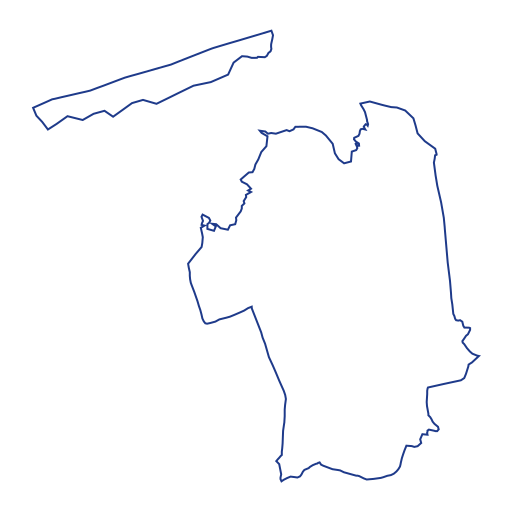 the district of Al Hamul, Kafr ash Shaykh, Egypt
{"feature_id": "37247803B81871138986317", "entity_name": "Al Hamul", "entity_type": "district", "adm_level": 2, "iso_a3": "EGY", "parent_name": "Egypt", "parent_adm1": "Kafr ash Shaykh", "projection": "mercator", "projection_center": [31.058, 31.415], "detail": "fine", "context": "isolated", "style": "outline", "palette": "blue", "viewbox_px": 512, "rotation_deg": 0, "n_neighbors": 0, "source": "geoboundaries", "source_scale": "gbopen_adm2", "svg_char_len": 4608}
<svg xmlns="http://www.w3.org/2000/svg" viewBox="0 0 512 512"><path d="M436.6,154.7L436.6,154.2L435.2,148.7L424.8,141.2L417.6,133.4L415.5,125.3L413.4,118.3L405.2,110.5L397.4,107.7L396.9,107.5L391.2,107.1L385.3,105.7L381.4,104.7L369.8,101.5L360.4,103.6L360.7,104.3L361.0,105.1L363.5,109.1L365.0,112.1L367.1,120.2L367.0,120.9L368.1,124.2L367.7,125.7L366.8,124.6L365.7,124.2L363.8,126.5L364.5,128.2L365.3,129.5L362.6,128.8L362.2,128.9L360.7,129.3L359.9,131.0L359.5,133.8L358.4,135.9L354.2,137.8L354.0,139.3L355.8,141.5L358.9,143.5L359.1,145.7L357.2,145.9L356.7,144.2L355.3,143.1L356.9,146.5L357.3,148.2L356.2,150.1L351.8,151.6L351.0,161.5L344.1,163.3L338.6,159.2L334.9,153.3L332.7,143.8L325.9,135.5L321.8,132.0L312.6,128.3L305.9,126.7L295.4,126.8L294.9,127.4L293.5,129.4L289.5,131.2L286.6,130.1L275.9,133.7L271.2,133.0L267.9,133.7L265.3,131.5L259.8,130.7L261.6,132.9L267.5,136.3L266.4,146.2L261.3,152.0L258.3,159.4L255.4,164.5L254.3,168.9L252.5,172.2L248.8,172.5L243.7,176.9L240.7,179.5L241.8,181.7L247.0,184.3L251.0,188.7L248.1,190.5L251.0,192.0L245.9,194.9L246.2,197.1L243.7,201.1L244.4,203.4L241.8,205.9L241.8,208.5L240.7,211.4L236.0,217.6L236.3,220.2L235.2,224.2L230.1,225.3L227.9,229.7L220.6,228.2L216.2,224.2L212.2,223.8L215.8,226.4L214.0,230.8L207.4,228.9L207.4,224.2L209.2,222.7L210.3,220.5L208.9,217.9L202.6,214.6L201.5,216.8L203.0,220.9L201.9,223.4L201.6,224.9L204.5,225.6L200.8,227.8L202.1,233.5L202.8,237.2L202.3,243.0L201.6,247.0L195.7,253.9L188.1,263.7L188.8,267.8L189.8,272.2L189.8,272.8L189.8,275.8L190.1,279.2L190.8,282.8L191.6,285.0L194.3,292.0L197.5,301.2L198.9,306.0L200.3,310.0L201.4,314.1L202.4,318.5L203.8,321.4L205.3,323.3L207.1,323.7L210.3,323.0L215.4,321.6L219.4,319.4L226.3,317.7L229.9,316.7L234.3,314.9L240.1,312.4L244.1,310.6L248.1,308.1L251.7,306.7L251.8,308.4L261.2,332.4L262.6,337.6L265.1,343.8L268.9,357.1L272.8,365.5L276.0,372.9L279.2,380.6L281.7,386.2L283.8,390.9L285.2,395.0L285.9,399.0L285.1,404.9L284.7,409.6L284.7,416.2L284.3,422.8L284.2,423.2L283.1,430.8L282.6,443.6L282.2,448.4L281.8,451.7L281.8,455.0L280.7,456.0L279.2,457.8L277.8,459.3L276.3,461.1L279.2,464.1L281.2,474.3L280.5,477.6L280.5,478.0L280.5,479.1L281.5,481.3L283.7,479.8L287.0,478.1L290.6,476.6L294.6,477.1L297.4,477.5L300.0,476.4L301.4,474.6L302.9,471.7L304.4,469.9L308.7,468.1L309.8,467.0L312.7,465.2L316.0,463.8L317.4,463.5L318.2,462.8L318.5,462.8L319.6,462.4L320.8,464.2L321.0,464.6L323.2,465.7L332.5,469.2L337.9,470.0L340.1,470.4L344.0,472.3L346.6,473.0L348.0,473.4L353.4,474.9L356.3,475.7L357.7,475.7L359.2,476.1L363.8,478.4L364.6,478.7L366.7,479.5L373.6,478.9L380.8,477.9L383.3,477.2L387.3,475.8L390.9,475.1L393.8,473.7L396.4,471.5L398.2,469.4L398.6,468.8L400.0,466.5L400.6,464.0L400.8,462.8L401.9,458.1L403.1,454.4L404.5,450.4L406.4,445.7L411.8,446.1L414.3,446.9L417.6,446.2L421.2,443.0L420.2,439.3L422.4,434.2L427.5,434.7L427.1,432.8L427.5,431.7L427.5,430.6L428.9,429.6L434.0,430.7L435.4,431.1L436.9,431.1L437.2,431.1L438.7,429.3L438.4,428.3L438.0,426.8L434.4,423.8L432.6,421.6L431.6,419.4L430.2,417.1L428.4,415.3L428.4,413.8L427.0,406.1L426.7,402.1L427.2,394.0L427.2,391.9L427.2,390.8L427.6,388.4L428.0,387.5L444.1,383.9L460.9,380.3L464.2,378.1L464.4,377.7L466.0,373.8L468.3,366.5L468.6,364.6L470.1,363.6L471.9,362.5L478.9,356.0L477.1,355.6L472.4,353.7L469.9,351.5L467.0,348.2L464.2,344.1L462.7,342.6L462.4,341.1L463.9,339.0L466.1,335.7L467.9,334.3L469.0,332.1L470.1,329.9L470.1,328.1L469.1,327.7L466.5,327.6L464.4,327.6L463.3,325.8L462.3,321.7L460.1,320.2L458.3,320.6L456.1,320.2L455.1,318.7L454.4,316.1L453.3,313.9L452.3,304.4L451.3,298.1L451.0,293.0L450.0,280.9L447.7,262.5L444.8,228.8L444.7,227.2L443.8,217.8L441.1,202.3L437.3,185.8L435.6,175.5L433.9,162.6L434.7,158.6L435.1,155.3L436.6,154.7ZM47.9,129.5L56.5,124.0L67.5,116.2L82.7,120.0L93.6,113.8L104.5,110.8L113.1,116.7L122.6,109.9L132.0,103.1L143.0,99.9L156.5,103.8L169.6,97.4L177.9,93.3L193.5,85.7L210.8,82.1L228.1,74.6L233.6,62.6L242.0,56.2L247.4,56.6L251.7,57.9L254.7,57.9L255.9,57.8L257.0,57.8L257.9,56.9L258.8,56.9L264.8,57.2L266.2,56.3L266.8,55.9L268.6,52.7L269.5,52.2L270.6,51.2L271.0,50.0L271.4,48.9L271.2,47.8L271.1,46.8L271.1,45.0L271.2,44.0L271.5,42.6L272.2,39.5L272.3,39.1L272.7,36.9L273.0,35.2L271.4,30.7L257.1,35.0L247.0,38.0L239.3,40.3L228.7,43.4L220.0,46.0L213.7,47.9L211.9,48.5L209.5,49.4L205.4,51.0L192.6,56.0L179.6,61.1L170.9,64.6L158.8,68.0L144.5,72.1L137.8,74.0L130.9,75.9L125.0,77.6L120.4,79.3L103.7,85.6L97.1,88.0L90.2,90.6L85.6,91.7L78.9,93.2L68.1,95.7L61.5,97.2L54.8,98.8L52.2,99.3L47.1,101.6L38.1,105.6L33.1,107.8L36.4,115.7L42.2,121.9L47.4,128.8L47.9,129.5Z" fill="none" stroke="#1e3a8a" stroke-width="2"/></svg>